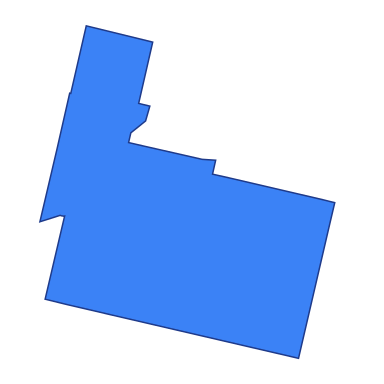 the district of Geary, Kansas, United States of America, rotated 13°
{"feature_id": "52423323B10299341155565", "entity_name": "Geary", "entity_type": "district", "adm_level": 2, "iso_a3": "USA", "parent_name": "United States of America", "parent_adm1": "Kansas", "projection": "mercator", "projection_center": [-96.82, 39.045], "detail": "fine", "context": "isolated", "style": "filled", "palette": "blue", "viewbox_px": 384, "rotation_deg": 13, "n_neighbors": 0, "source": "geoboundaries", "source_scale": "gbopen_adm2", "svg_char_len": 503}
<svg xmlns="http://www.w3.org/2000/svg" viewBox="0 0 384 384"><g transform="rotate(13 192 192)"><path d="M50.6,123.2L50.8,180.4L50.5,255.2L68.8,244.4L70.3,244.6L70.7,244.5L72.6,244.4L73.3,244.1L73.0,329.5L95.3,329.8L140.8,329.9L333.2,330.1L333.4,193.1L333.5,170.3L322.1,170.1L224.3,169.9L208.0,170.0L207.9,155.7L194.5,157.9L134.3,158.1L119.1,158.1L119.1,148.1L130.8,133.2L131.6,117.8L120.1,117.7L120.0,54.8L51.6,53.9L51.7,123.2L50.6,123.2Z" fill="#3b82f6" stroke="#1e3a8a" stroke-width="1.5"/></g></svg>